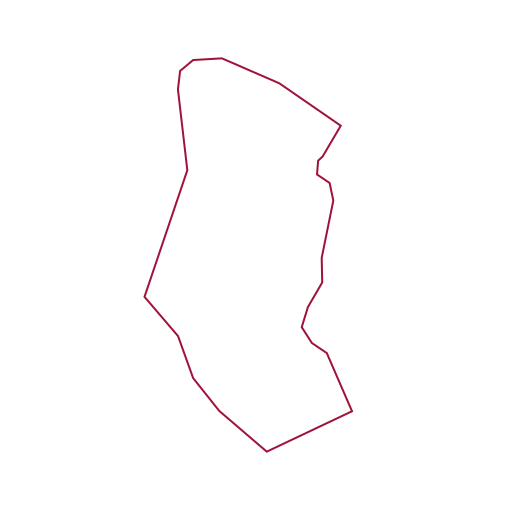 outline of Nazarje, rotated 304°
{"feature_id": "SVN-975", "entity_name": "Nazarje", "entity_type": "Municipality", "adm_level": 1, "iso_a3": "SVN", "parent_name": "Slovenia", "parent_adm1": "", "projection": "albers", "projection_center": [14.92, 46.283], "detail": "fine", "context": "isolated", "style": "outline", "palette": "rose", "viewbox_px": 512, "rotation_deg": 304, "n_neighbors": 0, "source": "natural_earth", "source_scale": "10m", "svg_char_len": 462}
<svg xmlns="http://www.w3.org/2000/svg" viewBox="0 0 512 512"><g transform="rotate(304 256 256)"><path d="M181.0,422.4L99.8,374.3L107.0,312.2L119.6,272.2L146.0,236.2L159.8,186.4L288.7,151.1L350.5,98.1L367.0,89.6L383.3,94.3L400.8,117.2L412.2,178.8L411.4,253.4L375.8,255.6L369.8,254.2L357.7,261.0L357.7,276.2L345.2,289.1L291.2,311.5L271.1,325.7L242.7,327.6L222.6,333.7L215.1,351.0L215.1,369.0L181.0,422.4Z" fill="none" stroke="#9f1239" stroke-width="2"/></g></svg>